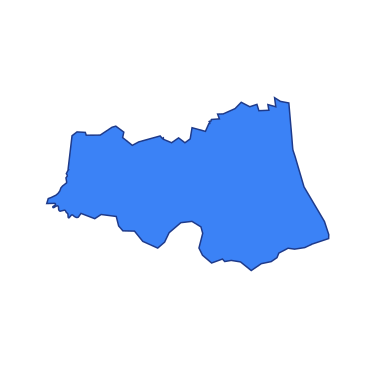 Halifax, North Carolina, United States of America, rotated 148°
{"feature_id": "52423323B7774526001257", "entity_name": "Halifax", "entity_type": "district", "adm_level": 2, "iso_a3": "USA", "parent_name": "United States of America", "parent_adm1": "North Carolina", "projection": "equal_earth", "projection_center": [-77.531, 36.258], "detail": "fine", "context": "isolated", "style": "filled", "palette": "blue", "viewbox_px": 384, "rotation_deg": 148, "n_neighbors": 0, "source": "geoboundaries", "source_scale": "gbopen_adm2", "svg_char_len": 2166}
<svg xmlns="http://www.w3.org/2000/svg" viewBox="0 0 384 384"><g transform="rotate(148 192 192)"><path d="M62.7,216.2L69.0,222.0L72.0,228.2L75.8,219.9L81.3,225.9L83.5,220.6L92.2,225.5L90.5,231.9L97.8,233.7L102.7,242.0L111.3,239.9L124.2,241.7L129.0,244.5L130.0,239.5L137.1,243.2L137.4,243.1L137.7,242.7L137.8,242.6L138.0,242.4L138.3,242.2L138.5,242.1L139.6,242.7L140.1,242.7L140.1,241.6L140.2,241.2L140.5,240.8L140.7,240.7L141.4,241.1L148.5,236.3L157.9,246.5L165.4,238.0L171.9,237.5L174.7,245.0L183.2,244.6L188.3,251.8L188.2,252.2L188.2,252.3L188.0,252.5L187.7,252.8L187.6,253.1L188.0,253.1L188.4,253.0L188.4,252.9L188.6,252.7L188.7,252.8L189.3,256.4L210.5,262.7L217.9,263.2L222.0,274.9L218.1,278.9L221.7,288.2L225.5,289.3L239.7,288.9L251.6,296.2L250.9,299.1L257.7,303.9L263.9,303.3L285.0,277.0L284.9,276.9L284.8,276.3L285.8,276.0L288.9,274.1L288.8,272.7L289.3,271.6L291.4,270.8L293.0,266.9L293.6,266.2L298.6,265.7L301.1,264.9L303.4,263.0L306.3,261.8L309.1,261.4L314.5,262.0L317.4,262.6L321.3,259.2L314.9,255.4L314.3,255.0L314.1,254.5L314.2,253.9L314.5,253.6L315.5,253.4L316.2,253.3L317.0,253.4L317.6,253.3L317.9,253.2L318.1,252.7L318.0,252.3L317.6,252.1L317.1,252.0L316.4,252.0L315.0,252.0L313.7,251.8L313.2,251.4L313.1,250.7L313.1,250.2L313.4,249.6L314.0,248.5L314.4,247.7L314.5,247.0L314.4,246.2L314.0,245.6L309.8,244.2L309.5,243.9L309.3,243.4L309.3,242.7L309.4,241.5L309.3,241.0L309.0,240.0L308.9,239.4L309.0,239.0L309.4,238.1L310.0,237.0L310.4,236.2L310.4,235.7L310.2,235.4L309.9,235.3L306.6,236.3L306.3,236.3L305.6,235.9L305.3,235.5L304.7,233.5L303.8,232.0L303.1,231.3L301.9,230.9L300.8,231.3L297.5,232.7L288.6,220.9L281.0,221.1L269.2,211.4L272.2,202.1L271.2,195.7L261.5,189.3L259.9,176.2L250.8,162.6L241.8,164.0L233.0,169.6L217.7,171.9L207.6,167.1L202.9,157.7L204.8,151.3L215.8,140.8L216.6,132.8L213.0,121.4L201.7,119.0L201.1,115.7L195.0,113.2L187.9,107.0L183.4,94.0L171.2,94.5L161.7,91.0L154.7,91.3L150.7,94.2L140.3,93.4L135.3,89.2L125.8,85.1L118.2,84.2L118.0,84.3L117.9,84.3L117.6,84.2L117.4,84.1L100.8,80.1L98.6,83.4L95.3,96.8L94.3,137.0L85.8,167.4L84.2,174.0L83.4,175.8L77.8,186.6L62.7,216.2Z" fill="#3b82f6" stroke="#1e3a8a" stroke-width="1.5"/></g></svg>